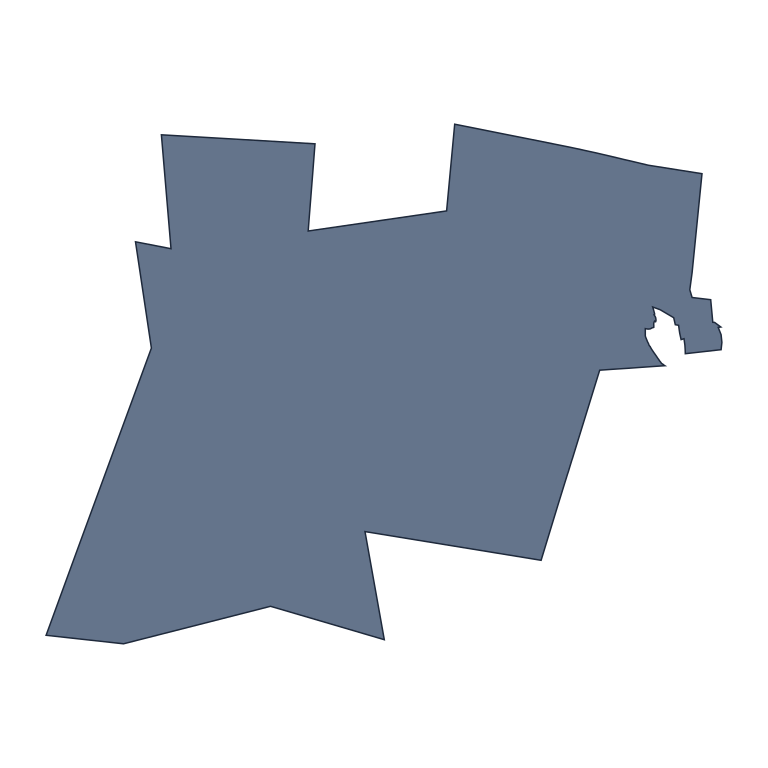 Villa de la Paz, San Luis Potosí, Mexico
{"feature_id": "50627088B83556604008483", "entity_name": "Villa de la Paz", "entity_type": "district", "adm_level": 2, "iso_a3": "MEX", "parent_name": "Mexico", "parent_adm1": "San Luis Potosí", "projection": "robinson", "projection_center": [-100.702, 23.663], "detail": "fine", "context": "isolated", "style": "filled", "palette": "slate", "viewbox_px": 768, "rotation_deg": 0, "n_neighbors": 0, "source": "geoboundaries", "source_scale": "gbopen_adm2", "svg_char_len": 1642}
<svg xmlns="http://www.w3.org/2000/svg" viewBox="0 0 768 768"><path d="M123.5,643.8L270.5,606.3L384.3,639.7L365.0,531.6L541.1,560.3L557.8,505.5L565.1,481.9L566.3,478.1L567.3,474.8L568.5,471.2L570.0,466.2L570.7,463.9L572.0,459.7L572.5,458.3L573.7,454.4L596.9,379.2L599.7,370.2L612.3,369.3L627.9,368.3L643.1,367.2L664.8,365.7L664.3,365.4L663.8,365.2L663.6,364.7L662.8,364.2L661.5,363.4L660.7,362.2L659.3,360.5L658.9,359.7L657.8,358.3L656.5,356.3L654.4,353.3L654.0,352.8L651.4,348.9L650.4,347.1L650.2,346.6L649.6,346.0L648.9,344.9L648.4,343.3L647.8,342.4L645.6,337.0L645.3,335.9L645.3,328.6L645.7,328.7L646.7,328.9L647.6,329.0L647.9,329.1L649.4,329.0L650.5,328.8L651.2,328.4L651.9,327.9L652.9,327.7L653.8,327.3L653.8,325.2L653.7,324.0L653.9,322.5L654.6,321.1L655.6,321.7L655.9,321.0L656.0,320.1L655.9,319.1L655.8,318.5L655.6,317.4L655.2,316.6L654.8,315.9L654.3,315.3L654.0,314.6L654.7,314.1L654.1,311.9L653.5,309.6L652.7,307.0L660.1,309.7L673.7,317.7L675.3,324.7L678.6,325.3L679.2,329.8L679.7,333.2L681.1,339.6L684.0,338.7L684.9,345.2L685.2,350.2L685.3,353.7L717.2,350.1L721.1,349.7L721.9,342.4L721.1,334.7L718.2,327.4L720.8,327.0L714.6,322.4L712.8,322.3L710.7,299.7L692.1,297.5L689.8,289.8L692.1,272.7L702.0,173.7L648.2,165.2L632.3,161.4L631.5,161.2L624.0,159.5L620.4,158.6L596.6,153.0L588.8,151.3L583.7,150.2L582.5,149.9L569.4,147.1L563.4,145.9L521.5,137.5L507.8,134.8L496.8,132.6L454.7,124.2L446.6,210.9L308.2,231.0L309.1,219.1L310.7,199.0L313.0,169.8L313.0,169.6L315.0,143.8L314.7,143.8L161.4,134.8L171.0,248.7L135.5,241.8L151.4,348.1L138.7,382.7L75.9,553.7L46.1,635.3L123.5,643.8Z" fill="#64748b" stroke="#1e293b" stroke-width="1.5"/></svg>